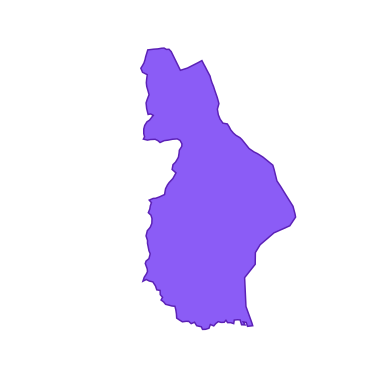 outline of Paulicéia, São Paulo, Brazil, rotated 153°
{"feature_id": "56859067B44376759807696", "entity_name": "Paulicéia", "entity_type": "district", "adm_level": 2, "iso_a3": "BRA", "parent_name": "Brazil", "parent_adm1": "São Paulo", "projection": "mercator", "projection_center": [-51.775, -21.212], "detail": "fine", "context": "isolated", "style": "filled", "palette": "violet", "viewbox_px": 384, "rotation_deg": 153, "n_neighbors": 0, "source": "geoboundaries", "source_scale": "gbopen_adm2", "svg_char_len": 2303}
<svg xmlns="http://www.w3.org/2000/svg" viewBox="0 0 384 384"><g transform="rotate(153 192 192)"><path d="M198.6,45.3L198.1,48.1L195.9,65.5L184.0,91.8L168.5,98.9L163.0,109.3L155.2,114.1L137.5,118.4L120.2,117.5L111.1,122.6L110.2,125.6L108.5,133.4L109.8,148.0L110.5,156.6L111.3,163.3L108.6,174.9L107.8,179.2L112.9,190.8L116.2,196.4L118.6,199.6L121.4,204.8L122.8,211.6L123.7,215.9L124.6,218.6L127.2,222.7L128.4,225.8L129.3,229.8L129.3,233.3L129.6,236.6L133.2,239.3L133.9,244.0L133.5,248.8L131.8,254.3L127.9,258.5L127.2,261.8L126.6,264.8L125.7,271.4L124.9,276.5L124.6,280.4L124.0,284.1L123.3,287.1L123.4,293.1L123.4,297.5L123.5,300.3L123.5,304.6L127.8,304.5L139.8,304.5L147.1,305.7L146.8,326.6L147.7,329.6L150.1,330.7L151.5,332.9L154.1,334.0L157.4,335.0L161.2,336.6L166.9,338.7L169.3,336.2L172.1,333.3L173.6,331.4L176.2,328.8L179.2,326.8L181.4,325.5L181.7,321.1L178.6,316.8L181.0,313.4L183.1,310.1L184.4,306.7L185.3,302.0L186.1,298.2L190.1,294.6L192.5,292.2L194.5,287.0L195.9,281.0L193.5,280.4L191.7,277.9L197.2,275.3L200.2,275.0L203.9,272.8L206.4,270.0L208.5,265.9L209.2,262.7L211.3,261.2L208.2,258.5L205.2,257.6L200.9,255.7L199.1,253.3L198.0,250.6L193.5,250.4L189.8,249.1L185.3,247.8L181.0,246.0L179.2,243.4L179.1,239.5L180.4,237.3L184.3,235.0L185.8,232.6L188.3,229.2L190.5,227.7L193.1,226.1L196.5,225.0L199.5,221.1L197.6,216.3L202.9,212.7L208.1,210.8L210.7,209.4L214.1,206.9L217.6,202.2L223.1,202.4L227.2,202.9L229.5,203.9L233.8,204.2L233.0,200.9L235.4,198.6L237.3,196.0L240.3,193.4L239.1,190.0L239.7,186.5L242.0,182.3L245.3,179.5L249.4,177.8L252.9,173.7L253.6,169.1L255.0,166.4L255.8,163.5L257.0,159.3L257.3,155.9L260.6,152.2L264.3,151.3L266.1,149.5L266.8,143.8L267.8,141.3L270.0,139.6L273.3,137.7L276.2,134.8L272.5,134.8L270.4,132.0L267.7,129.7L267.2,124.9L267.8,120.8L265.1,118.8L266.9,114.9L266.0,111.6L268.6,109.8L267.2,107.0L266.5,103.9L263.9,101.6L261.7,99.6L259.1,97.9L259.9,94.4L261.2,90.5L262.9,86.6L261.6,84.2L259.5,80.7L256.1,79.5L253.6,78.2L252.5,75.1L248.9,74.8L248.5,70.7L244.9,67.7L245.0,64.8L242.3,63.5L238.7,62.9L235.8,65.6L233.4,62.8L230.5,64.0L227.5,64.6L225.3,62.6L222.5,61.3L220.0,62.3L219.6,59.4L216.8,58.0L214.6,55.8L212.5,58.7L209.6,57.6L207.2,56.2L208.1,51.2L205.1,49.5L205.3,53.0L202.9,51.2L203.5,47.1L198.6,45.3Z" fill="#8b5cf6" stroke="#5b21b6" stroke-width="1.5"/></g></svg>